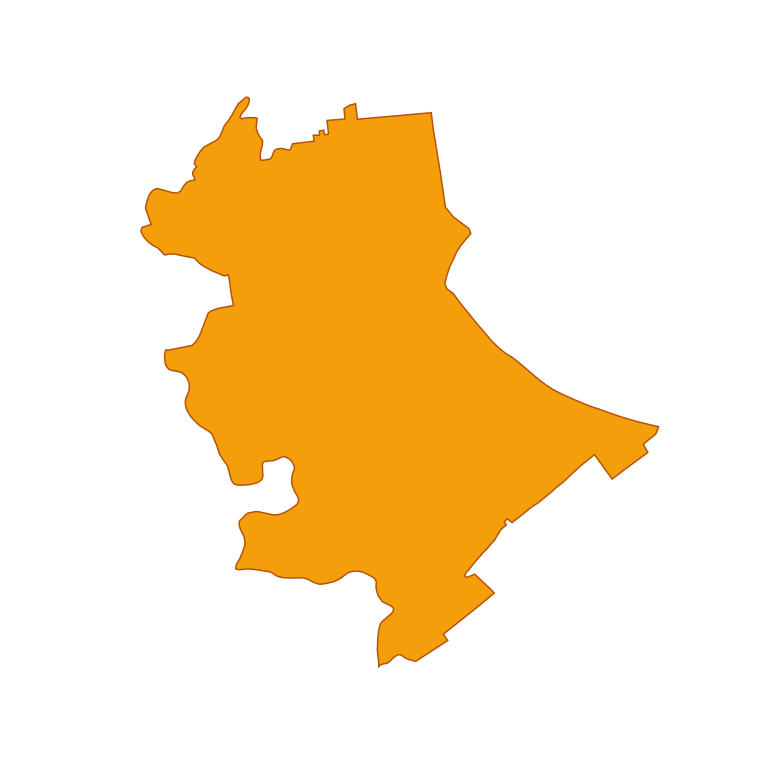 Ninh Bình, Ninh Bình, Vietnam, rotated 15°
{"feature_id": "81297802B33091662264636", "entity_name": "Ninh Bình", "entity_type": "district", "adm_level": 2, "iso_a3": "VNM", "parent_name": "Vietnam", "parent_adm1": "Ninh Bình", "projection": "albers", "projection_center": [105.965, 20.245], "detail": "fine", "context": "isolated", "style": "filled", "palette": "amber", "viewbox_px": 768, "rotation_deg": 15, "n_neighbors": 0, "source": "geoboundaries", "source_scale": "gbopen_adm2", "svg_char_len": 5318}
<svg xmlns="http://www.w3.org/2000/svg" viewBox="0 0 768 768"><g transform="rotate(15 384 384)"><path d="M452.1,658.3L452.9,656.6L456.0,654.3L457.7,653.7L459.9,652.4L461.4,650.4L462.5,648.5L463.5,646.7L465.2,644.4L466.3,643.2L467.8,641.8L469.1,641.4L471.9,641.7L475.1,643.0L478.1,643.6L486.4,643.7L503.1,625.1L511.9,615.3L506.1,610.3L534.5,571.8L544.6,557.4L540.3,554.7L520.8,544.2L518.1,546.4L514.5,549.1L513.2,549.4L511.9,548.5L511.6,547.4L512.2,544.8L513.8,541.7L518.1,532.0L523.8,520.4L525.8,517.2L529.2,510.0L531.2,506.1L534.6,494.3L538.7,488.4L535.9,486.0L538.0,482.3L543.5,484.7L551.1,474.8L558.1,465.0L563.8,458.7L574.4,443.9L576.6,440.3L582.0,433.1L593.4,414.8L596.4,410.3L605.6,397.8L608.7,400.3L614.5,405.0L618.9,408.7L624.9,413.4L627.5,415.6L629.0,416.8L638.8,404.0L648.7,391.6L656.2,382.4L656.5,381.7L650.0,375.1L656.4,366.1L658.0,364.1L659.2,362.3L659.9,360.1L660.0,357.7L660.3,354.2L648.0,354.6L637.0,354.8L636.2,354.8L624.6,354.5L613.4,353.9L600.5,352.8L587.5,352.0L582.2,351.3L579.1,350.9L568.6,349.4L557.9,347.6L548.2,345.5L541.3,343.2L534.5,340.6L525.5,336.4L511.3,329.6L501.4,325.2L493.6,323.0L485.8,319.5L476.9,314.6L467.7,308.2L457.4,301.1L441.1,289.3L435.3,285.0L427.4,278.6L420.2,275.9L418.6,273.7L416.6,270.8L416.7,261.9L417.1,253.9L417.7,250.5L417.8,250.3L419.2,243.0L419.8,238.4L422.5,229.8L425.8,222.7L428.9,216.1L425.7,211.8L419.2,209.3L407.9,204.8L397.6,197.4L383.9,165.6L379.6,156.1L365.7,125.3L359.4,109.7L357.5,110.4L329.4,120.7L289.8,135.1L284.0,120.6L278.4,123.8L274.1,128.4L277.7,138.1L260.7,144.2L265.7,156.8L262.5,158.5L262.1,158.7L260.1,154.4L256.0,156.4L257.4,160.4L251.3,162.0L253.7,167.6L252.4,168.0L244.8,171.1L233.5,175.6L232.9,181.2L232.2,182.6L229.8,182.8L225.3,182.8L222.3,183.6L219.1,185.1L217.7,186.9L217.2,189.9L216.9,193.9L216.1,195.8L211.0,198.4L208.1,199.6L206.9,199.2L206.0,197.8L205.3,195.5L204.7,191.0L204.6,184.7L204.2,182.5L203.8,180.5L201.3,178.4L199.8,177.1L197.7,175.0L196.3,172.8L194.7,170.8L193.6,166.5L192.8,160.3L190.7,160.1L183.5,161.9L178.3,164.3L176.9,164.6L176.2,164.3L176.0,163.7L176.0,162.0L176.5,159.6L179.2,154.0L179.3,153.8L179.6,152.9L180.4,149.7L180.7,146.8L180.3,144.5L179.8,143.1L178.9,142.6L178.1,142.4L177.1,142.5L175.9,143.4L173.3,147.3L170.7,151.0L169.7,154.9L167.9,162.2L165.6,169.7L162.9,176.0L162.8,176.7L162.1,183.5L160.8,189.4L158.8,192.2L153.7,197.0L148.5,202.0L146.3,206.9L144.4,212.9L143.6,217.6L143.8,220.6L146.8,222.6L145.1,226.0L144.5,228.6L144.9,231.0L147.7,234.4L148.8,235.6L143.6,238.3L141.2,240.5L138.9,245.2L137.9,250.0L134.8,253.1L129.9,253.9L117.1,253.8L114.3,254.0L112.6,254.8L110.2,257.4L108.3,261.9L107.7,268.9L108.0,275.8L117.8,290.1L110.3,294.9L109.6,296.4L109.6,298.7L110.0,300.0L114.5,304.6L119.7,307.8L125.0,310.1L130.1,311.0L134.6,313.6L138.2,315.9L139.8,315.8L141.6,314.7L145.3,313.4L148.3,312.6L152.7,312.5L161.1,312.0L168.3,311.4L171.0,313.0L174.5,315.2L180.6,317.3L189.0,319.3L193.1,319.7L201.7,321.0L205.3,318.7L206.7,321.8L207.0,321.9L213.2,336.7L218.3,347.2L205.1,353.4L199.5,357.1L197.0,359.3L196.6,360.0L195.6,361.8L195.3,366.2L193.8,380.5L193.3,385.4L191.1,392.4L188.3,396.6L167.7,406.7L164.3,407.7L164.4,411.7L165.4,415.6L166.8,419.4L168.2,422.0L169.0,423.0L170.6,424.3L172.4,425.4L174.3,425.8L176.2,425.7L181.2,425.3L184.2,425.2L186.9,425.8L189.4,427.2L191.3,428.4L193.3,430.6L195.7,434.0L196.5,436.2L196.9,438.3L197.4,440.6L197.0,445.1L196.3,448.7L196.3,450.1L196.6,452.5L197.9,456.2L200.0,459.7L202.0,461.9L205.0,464.9L207.6,466.7L212.2,469.5L215.8,471.5L218.9,472.6L227.0,475.0L229.7,476.2L231.5,477.7L234.9,482.3L238.6,487.0L241.1,490.8L241.7,492.0L243.0,494.0L245.1,496.0L250.2,500.5L253.0,502.5L254.1,504.0L256.9,508.6L259.6,513.3L261.3,516.2L263.0,517.8L264.9,519.2L268.3,519.6L272.0,518.8L280.0,516.1L284.8,513.5L287.5,511.8L289.4,509.7L290.4,508.3L291.0,506.0L290.7,503.8L289.1,499.2L288.1,495.4L287.3,493.5L287.4,491.3L289.2,489.5L292.3,488.3L297.2,486.6L301.1,483.6L304.2,480.9L306.1,480.1L307.7,480.0L311.8,480.9L314.8,482.5L318.7,486.7L319.3,488.5L319.3,489.9L319.1,493.2L319.0,494.9L319.1,497.5L319.7,501.0L321.3,505.4L326.0,511.5L328.6,513.9L330.2,515.8L331.0,517.0L331.7,519.1L331.7,520.5L331.3,522.1L330.0,524.3L327.5,527.4L323.3,531.9L320.4,534.5L316.0,537.4L311.0,539.1L305.2,539.4L298.5,539.7L293.5,540.2L290.6,541.6L285.9,544.0L283.9,546.4L283.3,547.6L282.3,549.8L281.2,551.6L280.2,552.9L279.8,554.2L279.9,555.1L280.6,557.5L282.2,560.6L285.4,564.4L287.9,567.1L289.0,569.2L290.4,572.4L291.1,574.3L291.3,577.5L290.7,584.5L289.7,590.9L288.2,596.0L288.3,599.1L288.6,600.6L289.4,601.1L290.2,601.1L293.5,600.4L299.6,598.0L305.9,596.8L312.6,595.9L321.9,595.1L324.3,595.1L326.6,596.0L329.5,597.1L331.9,597.3L334.8,597.4L337.6,597.0L346.4,595.0L352.5,593.1L355.9,592.3L358.6,592.2L361.6,592.5L364.0,593.2L367.9,593.9L372.4,594.2L374.6,593.7L378.9,592.1L386.3,588.2L392.1,583.3L397.5,576.2L398.3,575.6L401.1,573.7L404.2,572.3L408.2,571.4L412.4,571.2L416.6,571.9L423.7,573.6L425.4,574.6L426.8,575.7L427.9,577.6L428.7,581.7L429.6,584.1L431.2,587.0L432.4,588.8L433.7,590.6L436.0,592.4L438.8,594.7L440.3,595.0L444.6,595.9L448.0,596.5L450.6,597.8L451.5,599.1L451.6,600.0L451.5,601.6L451.0,603.2L448.5,606.8L444.6,612.6L443.4,614.6L442.7,616.8L442.5,621.1L442.9,625.3L444.1,632.5L446.6,643.3L448.5,648.2L451.2,654.7L452.1,658.3Z" fill="#f59e0b" stroke="#b45309" stroke-width="1.5"/></g></svg>